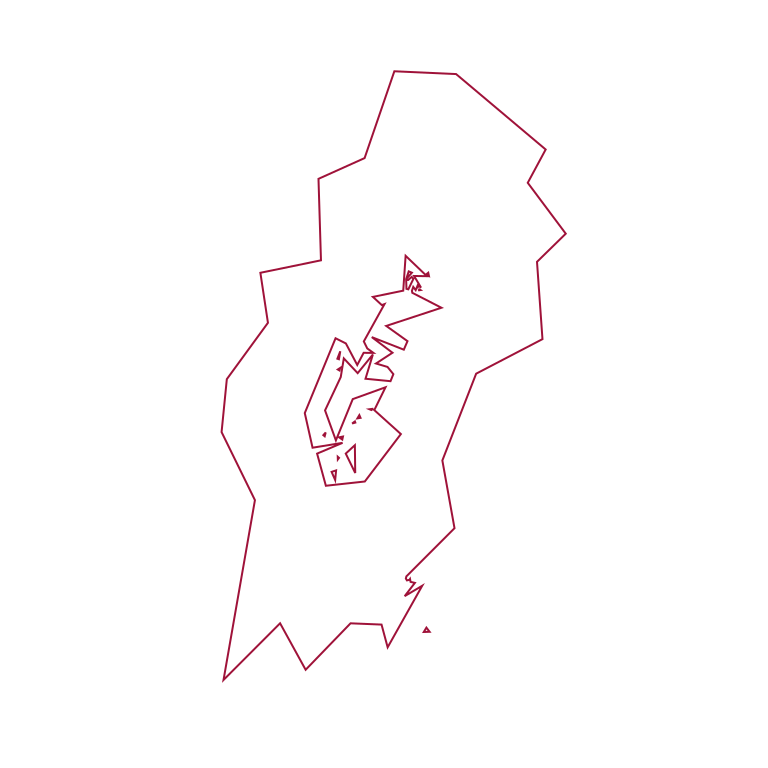 outline of Chepo, Panama, rotated 279°
{"feature_id": "35544464B69999703107277", "entity_name": "Chepo", "entity_type": "district", "adm_level": 2, "iso_a3": "PAN", "parent_name": "Panama", "parent_adm1": "", "projection": "orthographic", "projection_center": [-78.725, 9.102], "detail": "medium", "context": "isolated", "style": "outline", "palette": "rose", "viewbox_px": 768, "rotation_deg": 279, "n_neighbors": 0, "source": "geoboundaries", "source_scale": "gbopen_adm2", "svg_char_len": 1981}
<svg xmlns="http://www.w3.org/2000/svg" viewBox="0 0 768 768"><g transform="rotate(279 384 384)"><path d="M640.9,507.0L701.4,406.7L694.5,345.3L604.1,329.5L576.4,287.2L496.3,302.4L474.5,244.5L426.3,259.8L364.2,228.0L311.1,231.1L249.1,274.7L66.6,271.8L131.4,318.8L89.5,351.3L142.4,388.4L146.0,419.2L124.5,428.8L190.7,453.3L177.7,437.6L192.4,445.6L192.7,441.2L195.5,440.2L194.6,439.8L193.6,437.4L195.3,436.0L197.5,436.2L252.6,476.2L317.6,453.6L408.6,473.4L453.1,533.5L528.6,516.0L560.9,540.0L605.2,494.5L640.9,507.0ZM337.2,408.5L284.7,380.3L274.4,342.5L304.8,328.8L319.4,352.3L309.9,323.4L342.9,310.3L421.6,329.0L418.1,340.0L398.6,354.6L411.6,359.0L413.1,368.6L416.5,361.9L422.9,357.4L463.0,372.0L461.6,369.5L468.3,359.4L479.2,388.4L514.0,385.3L497.2,409.5L495.4,396.8L485.0,405.5L486.9,401.9L481.7,400.6L484.5,397.7L480.4,397.0L478.5,397.7L468.3,428.8L441.7,377.1L430.0,400.5L421.0,398.2L428.4,364.6L416.2,387.5L403.0,372.9L401.4,384.8L395.2,391.7L387.8,390.0L386.3,364.9L411.4,368.4L390.6,356.3L403.0,340.3L384.1,340.2L348.7,329.9L320.8,345.3L364.2,355.5L381.0,386.0L356.7,378.5L337.2,408.5ZM498.6,408.3L500.8,410.3L497.7,411.5L498.6,408.3ZM486.5,402.5L486.2,402.4L483.7,402.1L486.3,401.9L486.5,402.5ZM483.0,404.4L482.5,405.4L481.8,403.2L483.0,404.4ZM309.3,357.1L291.6,369.5L319.0,364.8L309.3,357.1ZM281.5,350.8L289.0,346.0L291.2,350.2L281.5,350.8ZM490.3,389.6L481.5,391.3L481.3,393.2L492.5,396.6L494.1,394.6L490.5,391.6L490.3,389.6ZM409.5,335.7L401.7,334.0L401.4,335.6L409.5,335.7ZM150.0,464.0L145.3,462.1L146.4,467.8L150.0,464.0ZM499.1,390.8L491.0,389.5L498.3,394.1L499.1,390.8ZM349.4,364.5L345.9,363.1L346.9,366.1L349.4,364.5ZM393.0,338.2L391.1,336.1L390.4,337.9L393.0,338.2ZM325.7,351.7L324.3,348.0L322.6,351.5L325.7,351.7ZM327.0,334.0L324.0,332.1L323.1,333.6L327.0,334.0ZM357.9,377.3L356.8,373.6L356.3,375.6L357.9,377.3ZM304.9,349.7L302.3,350.2L304.0,351.1L304.9,349.7ZM342.5,361.1L340.0,358.7L341.4,361.7L342.5,361.1Z" fill="none" stroke="#9f1239" stroke-width="2"/></g></svg>